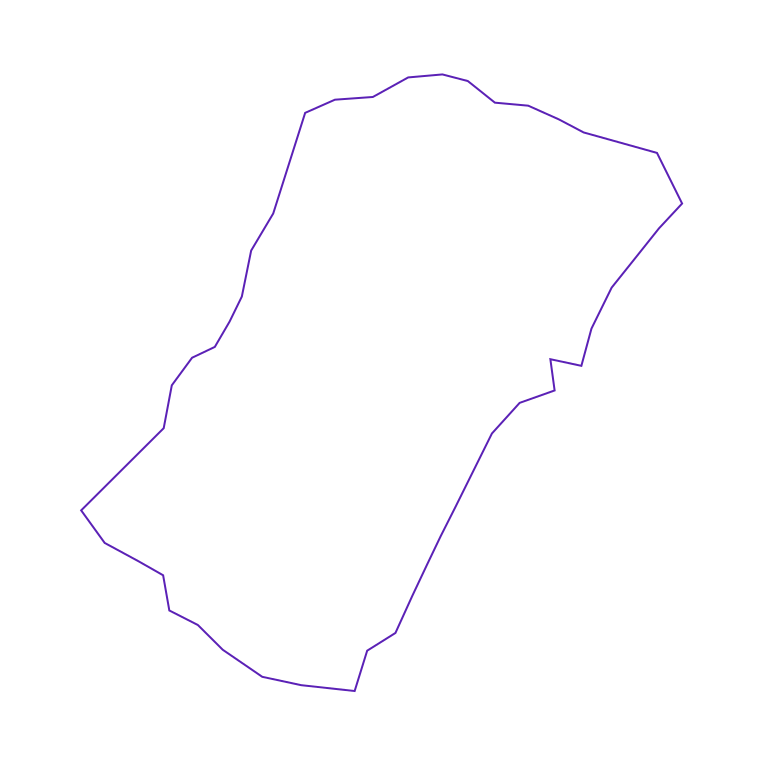 the district of Santa Luzia do Norte, Alagoas, Brazil, rotated 175°
{"feature_id": "56859067B36657836872761", "entity_name": "Santa Luzia do Norte", "entity_type": "district", "adm_level": 2, "iso_a3": "BRA", "parent_name": "Brazil", "parent_adm1": "Alagoas", "projection": "robinson", "projection_center": [-35.83, -9.61], "detail": "fine", "context": "isolated", "style": "outline", "palette": "violet", "viewbox_px": 768, "rotation_deg": 175, "n_neighbors": 0, "source": "geoboundaries", "source_scale": "gbopen_adm2", "svg_char_len": 725}
<svg xmlns="http://www.w3.org/2000/svg" viewBox="0 0 768 768"><g transform="rotate(175 384 384)"><path d="M696.7,284.5L676.1,250.0L644.3,229.0L620.7,212.7L617.6,177.1L590.4,160.1L567.8,133.3L530.8,102.9L492.8,91.2L440.0,80.7L424.0,119.8L394.3,135.0L374.2,170.6L356.8,200.4L340.9,227.3L323.9,254.7L301.8,290.9L280.8,325.3L250.5,353.4L214.6,362.7L216.1,394.2L185.8,384.9L172.5,421.1L148.8,460.2L123.7,486.5L96.5,515.1L71.3,537.8L91.9,590.4L163.2,617.2L186.8,632.4L216.1,648.7L249.0,654.6L274.1,678.5L298.8,687.3L333.2,687.3L370.1,670.9L408.1,671.5L438.9,661.0L479.5,563.5L504.7,528.5L518.0,483.5L532.4,459.6L549.3,435.7L572.9,426.9L595.5,401.2L607.3,359.2L696.7,284.5Z" fill="none" stroke="#5b21b6" stroke-width="2"/></g></svg>